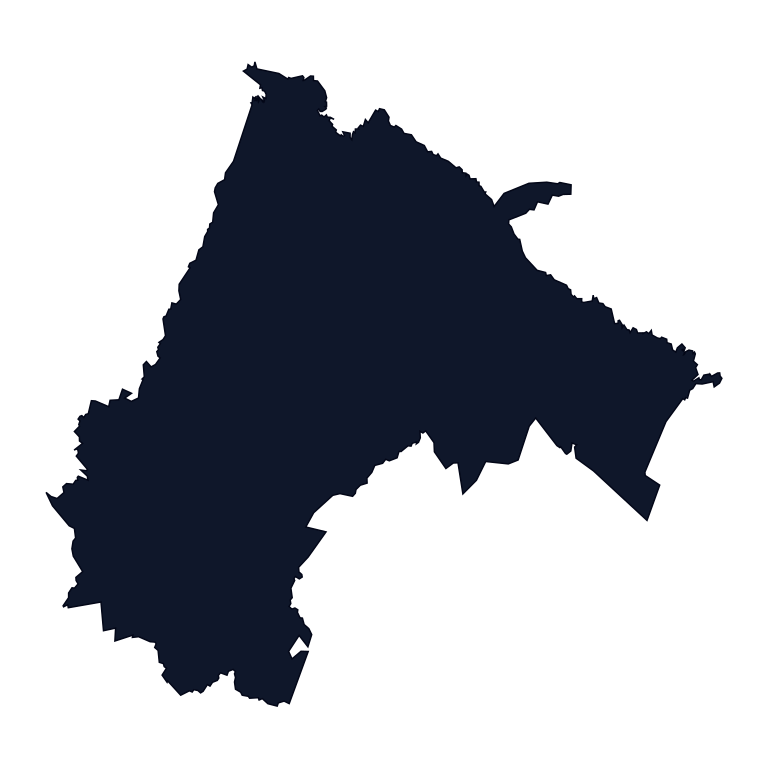 the district of La Concordia, Chiapas, Mexico
{"feature_id": "50627088B57221849873163", "entity_name": "La Concordia", "entity_type": "district", "adm_level": 2, "iso_a3": "MEX", "parent_name": "Mexico", "parent_adm1": "Chiapas", "projection": "equal_earth", "projection_center": [-92.825, 15.96], "detail": "fine", "context": "isolated", "style": "filled", "palette": "ink", "viewbox_px": 768, "rotation_deg": 0, "n_neighbors": 0, "source": "geoboundaries", "source_scale": "gbopen_adm2", "svg_char_len": 6038}
<svg xmlns="http://www.w3.org/2000/svg" viewBox="0 0 768 768"><path d="M684.7,399.8L685.6,397.6L687.5,398.1L689.7,390.2L692.7,388.6L695.9,383.6L702.2,384.0L713.1,381.7L714.2,386.9L719.5,383.1L721.9,378.3L720.1,376.0L719.7,372.9L717.6,373.0L711.5,376.4L709.9,374.1L709.4,375.6L709.4,374.1L703.9,375.1L701.3,379.7L699.4,379.7L698.9,377.8L693.5,381.2L691.9,380.2L698.0,374.5L695.6,367.6L697.4,364.7L693.4,361.1L695.3,353.9L694.5,352.1L693.1,353.6L692.6,350.9L688.9,350.1L685.8,351.6L684.2,354.5L683.7,354.7L684.7,352.3L682.0,349.9L683.1,349.2L684.1,350.6L685.2,347.8L681.9,344.0L677.4,347.8L675.8,352.1L672.6,349.9L671.2,344.0L667.0,342.7L666.7,339.2L661.6,337.2L660.4,338.6L657.5,338.0L652.1,335.0L651.3,330.4L648.8,333.6L646.4,331.8L642.4,334.0L643.1,332.9L637.6,333.0L636.4,329.5L633.1,327.8L630.1,332.7L629.1,330.0L626.9,329.6L624.0,325.1L622.0,328.1L621.6,325.6L622.6,325.4L619.5,320.3L618.2,320.7L618.0,323.4L614.6,323.6L611.2,309.0L605.1,306.7L602.9,303.6L598.9,303.0L596.6,297.6L593.8,298.7L593.2,295.1L592.2,301.0L583.7,302.5L581.6,301.9L581.7,298.7L576.8,298.7L574.5,295.9L573.4,297.0L571.1,294.4L570.6,289.8L568.2,288.7L566.5,285.2L554.2,279.8L550.6,274.8L546.3,275.6L545.6,272.5L537.1,270.3L525.5,257.8L522.3,251.1L519.7,239.4L517.9,239.2L514.0,234.0L511.3,226.9L508.6,224.0L508.8,219.9L525.8,213.2L529.4,209.3L534.0,209.9L537.5,201.8L548.0,204.1L552.3,195.1L558.6,196.2L563.1,194.4L570.8,194.2L571.1,184.8L559.8,182.5L557.7,183.8L546.8,182.2L528.9,183.3L504.1,193.4L494.1,206.5L491.6,199.6L485.1,193.9L485.7,192.0L484.3,192.1L480.9,186.4L479.1,185.7L479.0,182.2L476.5,182.0L475.9,178.7L470.1,178.9L469.0,175.3L467.1,174.1L466.1,175.6L465.9,173.2L462.3,172.7L462.1,169.7L459.2,166.9L456.0,167.8L448.3,161.3L440.7,158.1L438.0,153.9L436.5,155.7L433.1,154.5L431.6,151.4L427.6,151.8L424.3,145.5L416.1,141.8L411.4,134.8L404.0,133.4L401.6,129.1L395.9,125.5L394.3,127.1L390.4,125.5L388.4,121.0L389.0,117.2L384.3,109.8L379.5,108.7L378.3,111.5L375.6,110.1L368.2,122.8L365.4,119.5L363.3,126.4L360.5,125.1L358.1,128.1L358.7,129.1L355.4,129.0L355.1,132.8L353.5,131.7L352.5,134.4L351.8,139.7L350.1,137.5L350.1,133.2L342.8,131.8L344.5,135.5L343.2,136.4L341.2,134.8L340.6,136.0L335.6,132.2L336.3,129.9L332.0,126.2L332.6,124.4L329.2,120.8L330.2,117.9L334.1,119.3L330.3,117.3L327.3,117.2L326.4,114.9L324.0,117.0L321.7,115.1L320.0,115.8L317.4,110.4L318.8,109.0L320.1,111.4L322.1,111.5L325.8,109.2L326.4,108.0L324.9,106.5L326.6,106.2L326.5,102.1L325.3,101.7L326.6,97.7L324.8,90.8L317.5,81.0L313.5,80.6L313.4,76.2L310.5,76.0L304.0,80.5L303.1,80.5L303.9,77.5L302.5,75.8L291.1,78.4L288.7,77.5L287.8,79.1L278.9,73.5L256.9,68.9L254.9,61.9L254.2,65.8L251.8,67.2L248.1,64.6L247.1,69.1L243.4,71.1L260.5,84.8L259.9,88.2L261.9,87.7L262.5,90.5L264.6,91.1L266.2,94.5L265.8,98.6L262.8,97.0L264.5,100.8L264.0,101.9L262.4,100.3L262.5,101.4L258.0,95.9L257.4,96.6L259.0,97.5L259.2,100.5L258.4,101.9L257.6,98.1L255.9,101.4L256.0,100.1L255.0,100.4L255.8,98.8L254.8,99.1L256.2,97.8L255.9,96.8L254.2,98.2L252.9,97.1L252.1,102.8L251.0,102.9L252.1,104.8L233.5,161.3L225.5,172.8L224.6,179.7L217.8,183.4L215.2,187.9L214.5,191.7L218.4,204.7L213.6,212.8L212.7,222.2L209.8,224.0L209.5,228.0L207.6,229.4L207.7,231.5L204.7,236.6L202.9,246.8L198.9,249.8L196.0,260.2L189.8,263.3L188.4,266.8L190.1,267.8L179.2,284.2L178.9,290.8L180.7,299.5L176.3,304.1L171.9,302.9L170.7,309.2L168.9,309.2L166.1,316.0L163.9,316.8L163.0,318.9L165.5,335.7L163.0,339.6L158.9,342.4L160.4,343.7L157.8,347.2L158.5,349.7L156.8,351.6L158.0,356.2L160.2,357.9L155.5,364.5L151.1,366.9L146.4,361.5L143.3,364.8L144.3,376.8L142.1,379.0L143.2,379.3L139.4,388.7L138.5,398.0L131.3,401.4L124.7,398.1L131.5,393.3L122.5,389.2L118.9,399.8L110.1,400.3L108.7,406.7L95.4,401.0L91.4,400.7L88.3,413.7L85.7,414.5L83.8,417.5L81.8,415.6L80.0,416.3L78.1,419.1L80.0,421.0L78.8,424.5L79.5,426.2L74.4,431.5L79.4,436.9L79.5,441.0L82.6,443.4L74.1,450.1L76.6,448.9L78.0,450.2L78.4,453.3L76.3,456.1L87.5,469.4L86.3,470.7L80.8,470.0L87.3,476.1L88.0,480.2L78.3,476.2L77.3,477.4L77.8,480.2L75.7,480.4L73.2,484.2L66.5,483.6L62.8,486.9L64.0,492.5L57.1,498.5L51.0,496.5L46.1,492.4L52.5,505.8L69.2,525.8L74.4,528.4L75.6,538.0L73.1,541.1L71.9,548.8L73.3,556.2L82.7,571.6L75.9,577.4L76.1,580.5L78.1,583.9L74.5,588.1L72.0,587.8L68.6,593.0L68.6,597.7L63.1,605.8L63.6,606.8L67.7,604.7L68.3,607.7L101.0,602.0L103.5,630.7L115.6,628.1L114.9,641.0L132.9,635.1L132.4,637.4L138.6,636.7L150.1,641.7L155.0,642.1L156.2,643.7L154.7,647.5L158.1,650.4L159.3,662.3L163.4,663.6L164.2,666.6L166.5,668.2L162.1,675.1L167.1,682.3L167.7,680.9L180.7,695.2L189.4,690.8L192.2,692.0L193.8,689.7L197.9,690.5L200.6,692.9L203.1,691.3L207.4,684.6L210.0,686.1L212.5,682.3L217.3,680.4L218.8,678.0L218.3,675.4L220.5,672.8L227.0,675.2L228.4,671.3L233.1,669.4L235.4,671.6L234.5,673.8L235.5,677.5L234.5,682.0L235.5,689.2L240.7,692.2L242.2,695.2L248.3,696.3L249.6,698.2L258.3,697.7L259.1,700.0L262.3,698.6L267.9,703.7L277.2,706.1L278.3,702.9L284.1,701.1L289.2,703.6L308.2,651.5L301.0,651.3L292.0,658.9L288.6,651.4L299.1,635.4L307.9,646.8L311.7,634.6L308.8,628.6L304.1,624.5L302.4,618.1L300.0,617.8L297.4,612.4L297.8,609.8L294.9,608.0L291.9,609.1L289.0,606.5L290.8,603.6L290.2,600.0L292.2,597.7L290.9,588.2L294.7,580.4L293.9,578.7L295.4,576.5L299.3,578.9L302.2,577.0L301.8,574.5L298.9,571.9L298.6,567.3L308.1,557.1L326.0,531.9L305.8,527.0L313.7,512.7L332.8,495.3L340.0,493.6L352.6,496.3L355.3,493.3L356.0,489.5L360.3,485.2L367.1,483.1L366.9,478.1L371.8,472.4L374.8,465.4L382.6,463.3L385.7,459.3L389.3,460.8L397.1,457.8L399.0,451.4L401.1,451.5L408.0,445.8L411.1,446.1L412.2,443.3L416.6,441.9L416.3,443.9L418.5,442.3L420.3,437.8L419.9,431.3L422.9,433.0L425.7,430.9L434.0,442.6L434.4,451.8L445.9,468.5L453.3,463.0L458.0,462.8L462.9,493.9L476.4,480.3L485.7,461.5L508.3,463.9L518.1,460.0L529.2,426.2L535.7,418.0L556.9,445.6L559.9,447.6L560.7,446.7L565.5,453.5L566.8,454.2L570.8,451.0L572.0,443.0L576.7,444.8L574.6,447.1L576.1,458.2L593.5,470.9L647.0,520.4L659.7,485.1L645.2,475.5L644.9,472.1L666.0,421.6L682.8,398.6L684.7,399.8Z" fill="#0f172a" stroke="#020617" stroke-width="1.5"/></svg>